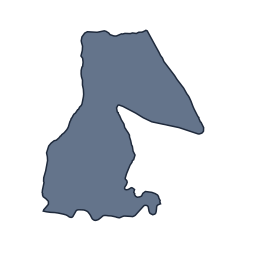 outline of San Cristóbal Acasaguastlán, El Progreso, Guatemala, rotated 12°
{"feature_id": "79465075B13418311867324", "entity_name": "San Cristóbal Acasaguastlán", "entity_type": "district", "adm_level": 2, "iso_a3": "GTM", "parent_name": "Guatemala", "parent_adm1": "El Progreso", "projection": "mercator", "projection_center": [-89.866, 15.005], "detail": "fine", "context": "isolated", "style": "filled", "palette": "slate", "viewbox_px": 256, "rotation_deg": 12, "n_neighbors": 0, "source": "geoboundaries", "source_scale": "gbopen_adm2", "svg_char_len": 3391}
<svg xmlns="http://www.w3.org/2000/svg" viewBox="0 0 256 256"><g transform="rotate(12 128 128)"><path d="M175.6,195.4L174.5,193.6L174.5,192.2L172.9,190.4L172.0,188.6L170.8,187.4L168.2,186.5L164.7,186.0L158.2,186.5L156.1,188.9L155.4,191.8L153.7,193.0L151.5,193.8L149.6,193.2L148.2,191.7L148.2,190.8L147.0,189.8L147.2,186.8L144.8,185.7L143.6,185.7L141.9,187.3L141.0,188.1L139.2,188.8L138.0,188.7L137.2,187.8L137.1,186.6L138.2,183.8L138.5,181.2L137.8,179.8L135.9,178.4L135.7,177.6L136.1,172.8L137.7,164.0L139.0,160.7L139.1,158.9L140.1,157.9L140.5,153.0L137.8,149.6L136.0,144.9L135.1,144.0L133.1,139.5L131.4,136.6L130.9,134.7L129.2,132.7L126.7,130.3L125.9,129.4L124.7,128.3L123.2,125.0L119.8,121.4L117.2,117.7L115.5,115.9L115.3,115.0L114.2,114.6L112.6,110.7L113.4,107.9L114.4,107.4L118.5,107.9L132.4,111.8L140.8,114.8L150.0,117.0L177.9,117.0L197.7,119.2L198.8,119.1L200.6,118.1L201.7,117.2L202.5,115.4L201.9,111.9L198.2,107.2L197.6,107.1L195.1,103.6L195.1,103.0L194.0,102.3L188.6,95.6L186.9,93.2L184.1,88.8L181.5,85.3L180.5,84.2L178.3,82.2L174.2,77.5L165.8,70.3L162.7,67.1L151.8,57.7L149.3,55.6L147.1,52.4L144.7,50.3L142.5,47.5L138.0,42.3L126.6,29.0L125.2,28.7L124.6,29.3L121.9,31.3L118.6,32.1L116.5,33.8L112.6,34.1L110.6,35.2L105.3,36.1L103.2,37.2L102.0,37.3L97.4,40.5L95.0,40.9L91.0,40.4L89.4,39.1L86.4,38.0L84.6,37.9L77.9,40.8L68.2,42.3L65.9,44.2L64.0,48.5L64.1,52.4L64.9,54.3L66.5,57.3L67.2,61.7L67.0,67.3L69.1,69.2L70.4,73.0L70.8,77.2L70.3,77.9L70.2,81.2L70.9,84.9L71.8,87.5L73.5,90.5L74.5,95.4L76.3,99.4L77.6,104.2L77.9,106.8L78.0,114.0L77.6,115.7L76.3,117.6L75.7,120.1L75.0,120.5L73.5,124.3L72.3,125.6L71.7,127.2L71.1,129.5L70.5,130.5L70.3,132.6L69.9,133.7L69.4,139.6L68.6,142.2L66.6,145.9L64.5,148.4L64.2,149.5L63.5,150.0L62.7,151.8L60.4,154.9L58.4,155.8L55.9,158.8L54.2,162.1L53.5,169.3L55.1,172.9L56.1,176.6L56.4,187.0L55.9,194.2L56.5,197.7L57.2,198.8L57.2,206.2L57.5,209.2L58.3,210.2L58.2,211.1L59.3,212.8L62.5,214.3L65.4,216.3L66.0,219.2L63.8,223.3L62.6,225.4L62.4,226.9L65.2,226.9L66.0,226.9L67.1,226.8L68.4,226.7L69.8,226.6L71.7,226.3L73.5,226.0L74.4,225.9L76.1,225.8L77.4,225.7L78.9,225.7L80.4,225.7L81.8,225.7L83.1,225.7L84.0,225.8L84.6,225.8L85.5,225.9L87.0,226.3L88.1,226.8L88.8,227.1L89.7,227.3L90.7,227.3L91.5,227.1L92.0,226.7L92.5,226.0L93.0,224.4L94.4,220.0L94.6,219.5L95.5,218.7L96.6,218.3L98.0,218.0L99.2,217.8L100.9,217.5L101.9,217.4L103.3,217.5L104.7,217.8L105.6,218.1L106.4,218.5L107.2,219.2L108.3,220.1L109.1,220.9L109.8,221.7L111.4,223.7L112.1,224.4L113.2,224.9L114.1,225.2L114.9,225.2L115.6,225.1L116.6,224.6L117.3,224.2L118.2,223.6L118.6,223.1L119.3,222.3L120.2,221.2L121.1,220.0L121.7,219.2L122.4,218.7L123.7,218.3L125.8,218.0L126.7,218.0L128.6,217.7L129.8,217.5L130.6,217.5L133.3,217.5L134.4,217.5L135.6,217.7L137.5,217.7L138.3,217.6L139.0,217.2L141.2,215.6L141.9,215.2L142.7,214.9L143.2,214.8L144.4,214.6L145.9,214.4L147.8,214.1L148.4,214.0L149.3,213.9L150.2,213.8L151.0,213.7L151.9,213.1L152.4,212.7L153.3,211.8L155.9,207.3L159.6,200.9L160.4,200.2L161.6,199.9L162.2,199.9L163.3,200.1L164.0,200.7L164.5,201.7L165.9,205.1L166.5,205.9L166.8,206.4L167.4,206.9L168.3,207.2L169.0,207.4L169.5,207.5L170.3,207.7L171.1,207.2L171.7,206.9L172.3,206.4L172.7,205.8L172.8,205.2L172.9,204.6L172.9,203.4L172.7,201.3L172.5,199.8L172.4,199.2L172.5,198.5L172.6,197.9L172.9,197.4L173.3,197.0L174.9,195.8L175.6,195.4Z" fill="#64748b" stroke="#1e293b" stroke-width="1.5"/></g></svg>